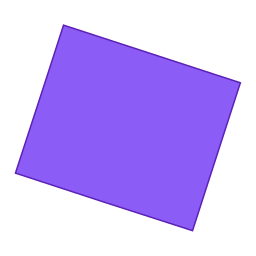 the district of Waseca, Minnesota, United States of America, rotated 108°
{"feature_id": "52423323B56333965571995", "entity_name": "Waseca", "entity_type": "district", "adm_level": 2, "iso_a3": "USA", "parent_name": "United States of America", "parent_adm1": "Minnesota", "projection": "robinson", "projection_center": [-93.527, 44.022], "detail": "fine", "context": "isolated", "style": "filled", "palette": "violet", "viewbox_px": 256, "rotation_deg": 108, "n_neighbors": 0, "source": "geoboundaries", "source_scale": "gbopen_adm2", "svg_char_len": 284}
<svg xmlns="http://www.w3.org/2000/svg" viewBox="0 0 256 256"><g transform="rotate(108 128 128)"><path d="M205.7,34.9L154.6,35.0L153.9,35.0L50.3,35.1L50.1,221.1L101.6,221.0L205.7,221.1L205.8,174.5L205.9,128.2L205.7,34.9Z" fill="#8b5cf6" stroke="#5b21b6" stroke-width="1.5"/></g></svg>